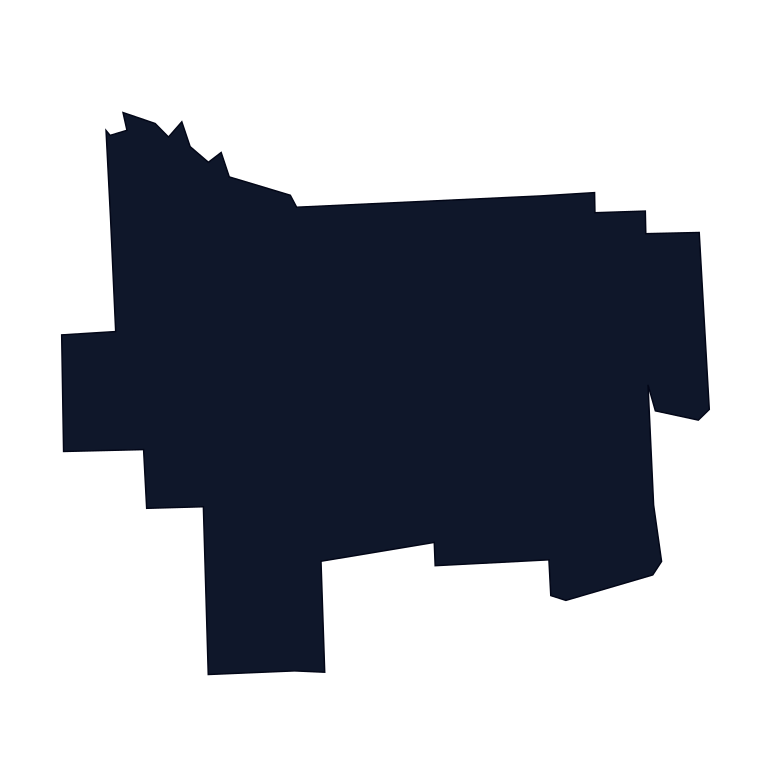 Livingston, New York, United States of America, rotated 87°
{"feature_id": "52423323B89765058067018", "entity_name": "Livingston", "entity_type": "district", "adm_level": 2, "iso_a3": "USA", "parent_name": "United States of America", "parent_adm1": "New York", "projection": "natural_earth1", "projection_center": [-77.807, 42.73], "detail": "fine", "context": "isolated", "style": "filled", "palette": "ink", "viewbox_px": 768, "rotation_deg": 87, "n_neighbors": 0, "source": "geoboundaries", "source_scale": "gbopen_adm2", "svg_char_len": 682}
<svg xmlns="http://www.w3.org/2000/svg" viewBox="0 0 768 768"><g transform="rotate(87 384 384)"><path d="M434.6,707.5L436.9,627.5L495.7,627.5L497.1,570.8L664.9,574.7L665.8,488.3L668.7,458.3L557.7,456.2L544.8,342.1L568.1,342.4L568.2,228.5L604.0,228.5L609.6,213.7L588.7,125.6L575.7,116.1L519.0,121.1L398.6,120.4L425.0,114.4L436.5,72.0L426.4,60.5L249.2,61.3L247.6,114.7L225.0,114.0L224.0,164.4L203.9,163.7L204.4,217.6L202.9,462.0L190.6,467.7L169.1,527.7L144.3,534.5L153.4,547.8L136.8,565.2L111.6,572.2L126.1,586.3L111.9,598.9L99.3,630.4L117.2,627.4L121.4,644.5L116.3,648.3L204.2,648.4L317.6,649.2L318.1,703.3L434.6,707.5Z" fill="#0f172a" stroke="#020617" stroke-width="1.5"/></g></svg>